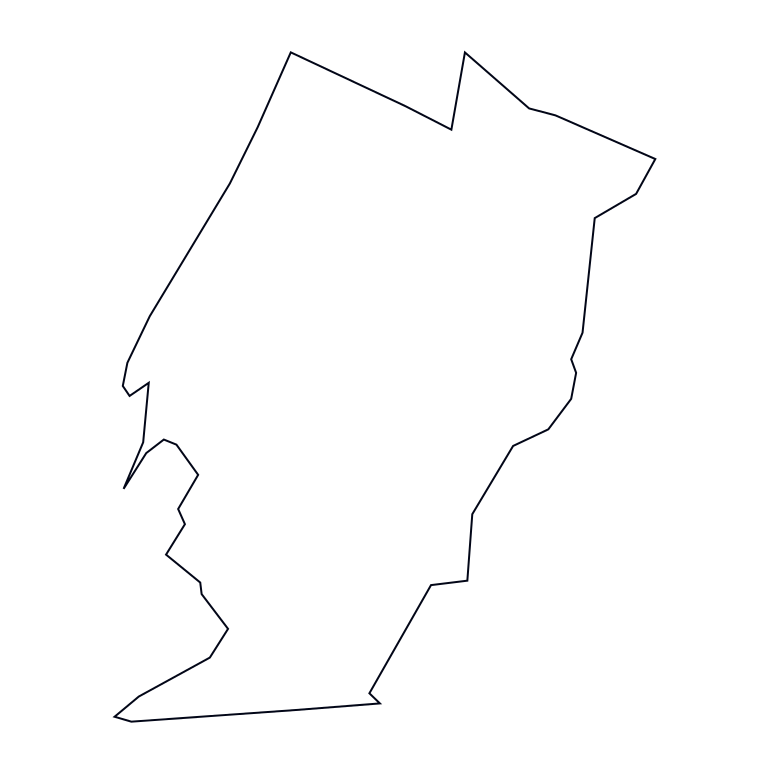 Blair, Pennsylvania, United States of America, rotated 179°
{"feature_id": "52423323B298990066873", "entity_name": "Blair", "entity_type": "district", "adm_level": 2, "iso_a3": "USA", "parent_name": "United States of America", "parent_adm1": "Pennsylvania", "projection": "robinson", "projection_center": [-78.312, 40.493], "detail": "fine", "context": "isolated", "style": "outline", "palette": "ink", "viewbox_px": 768, "rotation_deg": 179, "n_neighbors": 0, "source": "geoboundaries", "source_scale": "gbopen_adm2", "svg_char_len": 700}
<svg xmlns="http://www.w3.org/2000/svg" viewBox="0 0 768 768"><g transform="rotate(179 384 384)"><path d="M505.8,643.0L534.6,587.2L617.0,455.9L640.2,409.7L645.2,386.6L638.6,376.5L619.2,389.3L625.8,329.9L646.2,283.7L622.9,319.1L605.1,332.3L592.6,327.0L571.4,296.4L592.0,262.6L585.5,247.3L604.9,217.2L571.2,188.7L570.0,177.1L544.2,141.9L562.9,113.5L634.6,75.8L659.2,56.0L642.5,50.8L477.8,59.6L393.7,64.7L404.0,75.0L340.5,182.1L304.1,185.9L298.0,252.3L256.0,319.8L220.5,335.8L197.1,365.9L191.7,391.8L196.4,405.5L184.6,431.8L170.4,546.2L128.6,569.7L108.8,604.2L207.9,649.6L234.1,657.0L297.3,714.1L312.2,637.1L357.3,661.2L471.4,717.2L505.8,643.0Z" fill="none" stroke="#020617" stroke-width="2"/></g></svg>